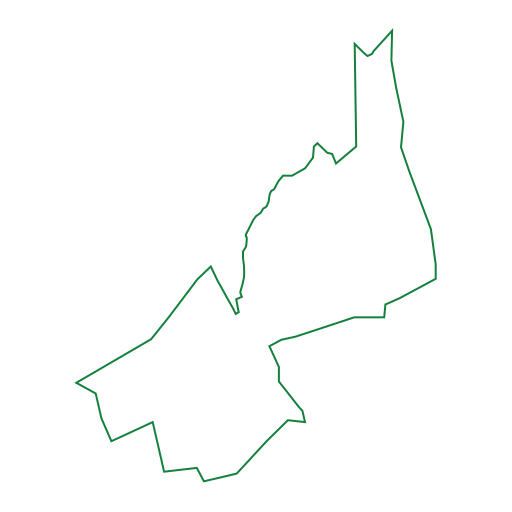 outline of Okaikwei North Municipal, Greater Accra, Ghana
{"feature_id": "2480657B77934780741907", "entity_name": "Okaikwei North Municipal", "entity_type": "district", "adm_level": 2, "iso_a3": "GHA", "parent_name": "Ghana", "parent_adm1": "Greater Accra", "projection": "equal_earth", "projection_center": [-0.223, 5.629], "detail": "fine", "context": "isolated", "style": "outline", "palette": "green", "viewbox_px": 512, "rotation_deg": 0, "n_neighbors": 0, "source": "geoboundaries", "source_scale": "gbopen_adm2", "svg_char_len": 1339}
<svg xmlns="http://www.w3.org/2000/svg" viewBox="0 0 512 512"><path d="M210.8,266.5L197.4,279.3L168.7,317.3L151.1,339.2L77.3,382.2L76.3,382.8L95.7,393.5L101.4,418.3L111.4,441.2L152.7,422.1L164.1,471.7L196.8,467.9L203.9,481.3L236.7,473.6L266.6,441.2L287.9,420.2L305.0,422.1L302.4,410.8L298.8,406.9L278.9,381.5L278.9,367.0L269.4,346.2L281.3,339.8L295.7,336.6L354.3,317.3L377.0,317.3L384.2,317.3L385.4,304.5L399.8,298.1L435.7,278.8L435.7,264.4L430.9,229.1L409.3,171.4L401.0,147.3L403.4,121.7L396.2,88.0L391.4,60.7L392.1,30.7L382.3,41.5L373.8,50.9L371.9,54.0L367.5,56.0L363.7,52.8L354.7,43.9L356.2,146.5L336.0,163.5L332.1,153.9L327.3,152.8L317.4,143.2L313.9,146.6L313.0,157.6L305.1,168.3L292.0,175.7L282.9,175.7L278.8,180.7L278.1,181.7L274.1,189.3L271.2,191.0L270.6,192.2L270.0,193.4L269.2,196.8L268.9,200.6L266.9,205.9L265.8,207.1L263.2,208.6L261.9,210.8L260.6,212.9L256.0,216.2L253.2,220.1L245.8,234.7L246.0,236.2L246.5,236.9L246.8,239.2L246.2,246.0L245.4,247.8L243.2,251.1L243.0,252.6L243.0,258.2L243.8,264.1L244.0,266.5L244.2,271.8L244.0,277.5L243.3,280.5L242.7,283.5L240.4,291.6L240.4,293.1L241.9,296.8L240.5,297.4L236.2,299.3L238.7,312.1L235.7,313.9L233.2,308.7L226.3,296.5L225.0,294.0L224.2,292.6L223.6,291.5L222.7,289.9L219.5,284.1L218.5,282.4L217.7,281.0L214.2,273.7L210.8,266.5Z" fill="none" stroke="#15803d" stroke-width="2"/></svg>